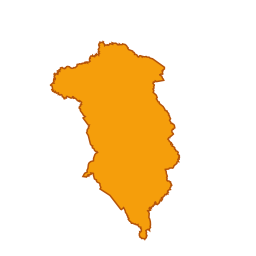 outline of Ocú, Herrera, Panama, rotated 315°
{"feature_id": "35544464B32201522330751", "entity_name": "Ocú", "entity_type": "district", "adm_level": 2, "iso_a3": "PAN", "parent_name": "Panama", "parent_adm1": "Herrera", "projection": "equal_earth", "projection_center": [-80.813, 7.919], "detail": "fine", "context": "isolated", "style": "filled", "palette": "amber", "viewbox_px": 256, "rotation_deg": 315, "n_neighbors": 0, "source": "geoboundaries", "source_scale": "gbopen_adm2", "svg_char_len": 5821}
<svg xmlns="http://www.w3.org/2000/svg" viewBox="0 0 256 256"><g transform="rotate(315 128 128)"><path d="M109.0,41.8L108.7,42.7L107.5,42.8L107.4,43.9L106.1,43.0L103.6,42.9L103.5,43.4L104.0,44.7L102.1,47.3L101.3,47.0L100.8,48.6L101.7,48.9L101.1,49.4L101.4,51.0L102.4,50.8L102.0,52.7L103.5,54.0L102.4,55.0L103.0,55.4L103.2,56.7L104.3,57.0L104.6,57.9L103.7,59.5L104.1,60.1L104.0,61.2L103.5,62.1L103.9,62.6L104.6,62.1L105.6,63.2L106.2,62.5L107.2,62.4L108.9,66.6L110.1,67.4L110.9,66.7L111.2,66.8L111.4,67.4L111.1,68.5L110.7,68.2L110.6,68.6L111.5,69.1L111.9,71.1L111.6,72.7L112.3,74.7L112.8,74.0L113.1,74.2L113.4,77.0L111.8,77.7L111.7,78.5L110.5,78.0L109.9,78.9L108.4,78.7L107.5,79.5L107.5,80.1L107.8,80.4L107.7,81.2L107.0,81.5L106.5,82.3L106.0,85.9L105.5,87.3L105.8,89.7L103.3,89.1L102.0,97.6L102.6,98.5L102.2,98.5L101.5,99.4L100.6,99.3L100.0,100.3L98.7,100.2L97.5,100.6L97.0,101.4L95.4,102.0L94.6,105.2L89.9,113.1L89.9,114.9L90.3,115.7L89.4,116.0L88.8,116.9L89.3,118.4L88.5,120.3L88.6,121.9L89.4,122.6L89.2,123.8L86.9,123.2L85.5,123.5L82.2,125.1L80.4,126.8L77.7,125.3L75.5,125.2L74.2,125.8L71.0,128.3L69.1,128.9L68.1,130.3L65.3,129.4L61.8,130.4L63.9,133.2L64.3,132.9L64.7,133.3L65.8,133.3L66.1,133.9L66.5,132.9L66.8,132.8L67.3,133.9L67.9,133.8L68.6,134.5L69.4,134.6L69.9,133.5L71.3,135.4L71.0,135.7L71.1,136.1L70.6,136.3L68.3,140.2L68.6,141.8L69.0,142.3L68.2,143.3L68.0,144.4L68.8,146.8L68.7,147.6L67.8,148.5L66.7,150.9L65.1,151.3L67.6,162.9L65.4,180.4L65.7,181.1L68.6,181.2L67.5,184.6L66.6,185.8L66.2,188.2L65.7,188.7L65.7,190.0L64.9,190.5L64.7,192.5L63.7,192.6L63.3,195.0L63.6,195.9L63.1,197.8L64.0,198.7L64.7,200.6L65.4,201.1L65.3,202.0L66.1,203.1L66.7,203.3L66.2,203.9L65.9,205.6L66.9,207.3L65.9,207.8L66.0,209.0L65.1,209.5L64.6,210.3L63.1,210.4L62.9,209.8L62.5,210.4L61.3,210.7L59.9,212.2L59.8,213.1L59.3,213.6L59.7,214.9L59.5,215.8L60.4,216.5L61.3,218.1L61.2,218.6L62.1,218.3L63.4,218.5L64.6,217.3L65.2,217.6L66.1,215.5L67.1,215.2L68.1,213.1L70.5,213.8L70.7,215.7L71.5,214.6L73.8,214.1L74.1,213.1L75.2,212.6L77.5,210.1L79.0,207.6L79.4,206.1L82.6,203.4L83.2,201.9L83.4,200.4L83.7,200.5L84.1,201.5L85.0,201.5L85.6,201.9L85.8,200.4L87.0,201.2L86.7,199.7L86.9,199.5L87.5,199.7L87.9,200.9L89.2,200.6L90.3,201.2L91.0,200.5L92.5,201.1L93.9,199.8L95.0,199.6L95.1,200.2L94.5,201.2L93.9,201.5L94.6,202.9L97.4,203.0L98.5,202.2L99.1,202.4L100.0,201.8L100.2,203.1L102.1,202.6L101.8,201.4L102.5,201.0L103.4,201.8L104.4,201.5L106.0,201.7L107.0,201.1L108.0,202.2L109.0,201.7L109.5,202.8L110.4,201.8L111.1,201.9L111.1,200.9L111.4,200.6L113.0,200.6L114.5,201.5L114.7,200.5L115.7,199.9L116.8,199.9L117.6,199.1L118.3,199.5L118.8,198.7L118.8,197.6L119.3,197.5L119.5,196.4L119.9,196.1L119.5,195.6L119.6,194.9L119.3,194.2L118.6,193.6L118.5,192.7L118.8,192.6L119.0,191.8L120.2,191.1L120.4,190.2L121.7,189.9L122.8,187.5L124.4,185.5L124.7,184.1L125.1,183.6L127.8,185.8L128.8,185.6L130.5,187.0L131.0,187.8L131.9,188.1L134.0,187.2L137.5,187.6L138.3,186.7L139.5,187.0L140.0,187.6L140.7,185.8L141.1,185.4L141.6,185.4L142.1,186.2L142.4,186.0L142.9,184.9L143.5,185.1L143.7,184.5L144.2,184.4L144.3,183.8L144.9,183.6L144.6,181.7L146.3,180.7L146.3,179.2L145.7,177.9L146.3,176.9L146.1,175.6L147.0,175.2L147.1,174.1L147.0,173.1L146.3,172.1L146.6,171.6L147.7,171.3L147.7,170.5L148.1,169.4L147.1,169.4L148.0,168.5L147.9,166.3L148.3,165.7L148.3,164.1L150.0,163.7L150.7,164.4L152.0,163.8L152.6,164.2L155.8,164.4L156.1,163.7L156.0,162.4L157.0,160.9L158.6,160.4L159.1,161.0L160.5,160.7L161.2,161.0L162.7,158.8L162.8,157.7L162.5,157.0L162.7,156.3L161.7,155.2L162.2,154.7L162.9,151.8L164.6,151.6L165.4,149.3L165.9,148.7L165.9,147.4L166.7,147.1L167.0,146.4L167.0,144.7L167.6,143.6L167.1,143.2L167.2,142.4L166.7,141.8L167.4,140.4L168.0,137.7L167.5,132.8L168.4,131.8L167.8,130.5L168.4,129.0L168.6,127.5L169.3,127.1L170.1,127.2L171.2,124.8L171.0,120.6L172.7,119.8L173.2,118.1L173.9,118.4L174.7,118.0L175.5,116.7L176.2,116.7L177.0,116.2L177.2,114.1L178.4,113.5L179.3,114.4L180.6,113.9L181.0,115.4L187.0,119.6L187.5,118.4L187.6,117.1L188.5,115.2L188.0,113.2L188.2,112.8L189.6,113.2L190.1,114.1L190.8,114.4L192.5,111.8L193.2,112.3L193.6,111.7L195.5,112.0L196.7,110.8L194.3,96.4L193.0,94.2L193.0,92.9L191.5,91.2L191.4,90.3L189.9,89.3L188.9,87.6L188.2,87.8L188.4,86.7L187.8,85.5L187.1,85.1L185.8,85.4L185.5,85.1L185.4,84.1L185.9,82.8L185.5,81.3L184.7,80.6L185.5,79.8L185.7,78.8L185.3,77.7L185.7,76.9L184.0,73.3L184.1,71.6L184.8,71.3L184.8,70.1L185.2,68.6L184.9,66.6L184.4,66.2L183.7,64.7L182.9,64.9L181.9,64.0L181.4,63.4L181.3,62.3L180.5,62.8L179.8,62.2L179.5,61.6L179.7,61.2L179.4,59.5L177.8,58.0L177.1,56.6L176.6,57.9L176.3,58.1L174.9,55.5L173.4,55.8L172.5,55.5L172.6,55.0L172.2,54.4L171.7,54.5L170.6,53.2L169.8,53.2L170.6,52.1L170.7,50.2L171.5,49.8L171.4,49.3L170.6,49.8L168.8,47.5L168.3,48.2L167.5,47.8L166.0,48.5L165.8,48.9L166.1,49.5L165.2,50.0L164.6,51.0L162.6,51.4L162.4,52.2L161.3,52.8L161.6,53.7L160.4,53.7L160.2,54.2L160.5,55.0L159.6,55.1L158.8,55.7L158.9,54.9L158.2,54.2L158.1,53.4L157.3,54.0L156.9,53.2L156.2,54.0L155.5,53.4L154.8,53.9L154.3,52.9L154.4,51.7L153.7,52.2L152.9,50.9L151.3,51.1L150.7,51.9L150.5,51.5L149.8,51.8L148.7,52.8L148.5,54.0L147.0,53.8L145.6,52.3L145.3,53.0L145.0,51.9L144.7,52.2L143.9,52.1L143.8,51.1L143.0,51.3L142.1,50.4L141.1,49.8L140.7,50.0L140.7,49.6L139.6,49.1L139.0,48.2L138.0,48.0L137.1,47.1L136.4,47.4L135.9,48.1L133.2,48.0L132.5,47.0L131.5,46.9L130.5,46.1L129.8,44.5L129.9,43.3L128.9,41.8L127.9,41.2L126.4,41.5L126.2,41.1L125.6,41.4L124.8,41.0L124.7,40.2L124.2,39.5L124.3,38.7L123.1,37.9L122.6,37.8L121.4,39.0L120.5,38.1L119.9,38.5L119.7,39.4L118.7,38.0L118.3,39.3L117.9,39.5L117.4,38.8L116.8,40.1L116.3,40.4L115.6,38.8L114.3,38.9L114.1,38.1L114.6,37.5L114.3,37.4L113.4,38.1L113.1,39.2L111.9,39.6L111.6,40.5L111.8,41.2L111.4,41.9L110.6,42.2L110.1,40.9L109.0,41.8Z" fill="#f59e0b" stroke="#b45309" stroke-width="1.5"/></g></svg>